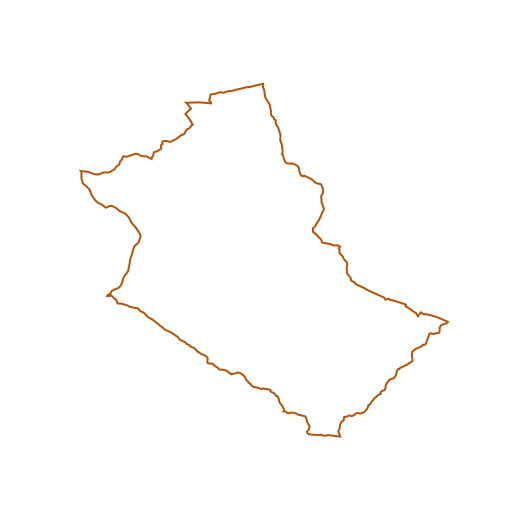 outline of Alunis, Prahova, Romania, rotated 43°
{"feature_id": "2599482B26143633311950", "entity_name": "Alunis", "entity_type": "district", "adm_level": 2, "iso_a3": "ROU", "parent_name": "Romania", "parent_adm1": "Prahova", "projection": "equal_earth", "projection_center": [25.857, 45.207], "detail": "fine", "context": "isolated", "style": "outline", "palette": "amber", "viewbox_px": 512, "rotation_deg": 43, "n_neighbors": 0, "source": "geoboundaries", "source_scale": "gbopen_adm2", "svg_char_len": 6116}
<svg xmlns="http://www.w3.org/2000/svg" viewBox="0 0 512 512"><g transform="rotate(43 256 256)"><path d="M418.7,348.6L425.0,343.3L425.2,342.4L426.7,342.1L430.0,339.6L430.4,338.2L431.2,337.5L432.9,336.5L433.7,335.6L435.0,334.7L435.7,334.6L440.6,330.7L438.8,329.5L436.7,328.7L435.7,327.9L434.9,325.3L432.4,321.9L431.9,320.3L431.7,318.5L432.1,316.6L432.0,316.2L430.3,313.7L432.2,311.0L433.0,308.9L433.3,308.6L434.9,308.2L436.0,306.4L436.3,305.4L436.3,303.5L437.2,301.6L437.9,301.0L439.8,300.1L440.6,298.1L441.3,297.5L441.5,296.8L441.5,291.9L441.0,290.4L440.0,288.6L440.6,286.6L440.0,283.9L439.7,278.8L440.2,274.3L441.3,271.8L440.3,270.9L439.9,269.9L440.1,268.9L441.3,267.0L441.4,265.2L439.2,262.2L438.2,259.2L438.1,255.0L438.4,254.2L439.7,252.5L440.1,250.9L440.0,249.6L439.8,248.4L439.2,247.0L437.5,244.1L437.0,241.9L437.7,241.2L437.8,239.1L439.6,235.3L439.6,234.6L440.6,232.7L440.9,231.1L440.8,230.4L441.8,228.0L442.0,226.4L441.6,225.5L436.8,221.5L436.3,220.3L435.7,219.7L435.7,217.8L436.1,214.9L437.2,213.1L437.6,211.3L438.7,209.2L438.6,207.2L440.2,205.3L440.0,204.2L435.9,194.6L436.2,193.7L436.8,193.1L439.2,191.9L439.8,191.1L440.1,189.8L441.9,188.2L442.1,187.8L441.9,186.5L441.6,185.9L440.9,184.9L439.2,183.3L438.7,181.2L438.7,180.3L439.8,177.7L441.4,175.1L441.5,174.3L441.2,173.3L429.9,177.3L423.4,180.6L419.9,182.8L418.3,184.3L414.9,185.0L415.4,187.5L415.1,188.5L415.5,189.6L412.0,188.6L408.4,189.4L404.0,189.8L399.6,190.7L398.9,189.4L397.7,189.7L385.9,195.4L384.4,196.5L382.0,196.9L381.1,198.8L380.2,199.7L379.9,199.8L378.2,199.0L359.0,205.5L358.7,205.1L348.4,208.5L345.0,208.2L343.3,209.0L342.0,209.0L340.5,207.6L339.1,207.5L337.5,207.0L335.8,206.9L334.7,206.5L333.9,206.1L330.6,202.9L329.6,201.8L329.3,201.0L327.3,198.9L325.8,198.4L324.7,198.6L322.4,198.3L319.3,197.1L315.4,197.1L312.7,194.4L312.1,194.4L311.4,194.0L311.2,193.5L311.0,191.8L309.7,192.0L308.3,192.7L305.6,195.4L304.6,195.9L303.4,196.0L302.7,196.3L301.4,197.3L299.9,198.0L298.8,198.9L297.6,199.4L296.9,200.2L294.9,200.9L292.9,199.8L291.8,199.5L288.3,199.5L286.6,199.1L285.5,199.3L283.9,199.0L283.1,199.4L281.4,199.5L280.9,199.2L278.7,196.8L279.1,195.0L278.0,190.1L277.6,187.2L276.3,182.9L274.9,179.3L274.0,175.9L273.4,175.2L272.7,174.7L270.9,174.0L269.5,173.0L267.5,172.2L265.8,170.4L263.1,168.1L262.7,167.4L262.2,165.2L261.6,163.3L258.5,160.9L255.0,159.4L253.9,159.4L252.5,160.6L248.8,162.0L247.4,161.7L243.6,162.1L236.8,164.3L236.3,164.7L236.2,165.3L235.7,165.9L234.3,166.3L232.7,166.0L230.6,164.9L228.3,163.1L226.8,162.2L225.6,161.9L224.1,161.9L219.5,163.5L218.1,165.0L215.3,167.1L214.2,167.4L212.9,167.2L211.2,166.4L206.5,163.8L205.5,163.8L204.8,161.9L204.5,161.6L199.2,157.1L195.7,155.4L194.1,154.1L192.3,151.8L191.0,150.6L185.2,147.3L181.6,146.3L179.8,145.4L177.9,143.4L176.0,143.6L174.9,142.9L173.9,142.6L172.0,142.9L170.1,142.0L168.2,139.9L162.5,135.8L155.2,134.0L154.1,133.3L148.7,129.0L145.9,127.7L144.5,125.9L143.7,125.2L138.9,132.4L137.1,135.4L133.3,140.0L129.1,146.6L128.0,147.8L125.8,151.9L124.5,153.1L122.6,155.4L121.1,158.5L120.5,159.1L119.2,159.8L118.1,160.7L115.0,166.0L112.9,168.3L112.8,169.0L115.5,173.9L116.3,174.4L118.7,174.5L119.1,175.0L110.1,182.0L100.5,191.5L101.9,191.5L103.8,191.8L108.0,192.7L108.1,193.0L107.7,195.2L107.5,200.3L110.4,200.6L116.1,201.8L120.2,203.2L119.6,204.5L120.1,206.3L120.1,208.2L119.2,210.3L119.1,211.4L119.5,212.6L119.7,214.0L120.3,215.5L119.7,217.3L118.9,218.6L117.7,225.5L116.7,227.4L115.8,230.7L111.1,233.7L110.1,234.8L109.7,235.9L110.0,236.8L111.2,237.9L110.9,238.9L111.0,239.8L113.1,241.8L113.5,242.5L113.3,243.4L112.5,245.3L112.5,246.8L111.5,247.7L110.5,250.0L111.2,250.7L112.2,252.6L112.9,255.4L113.5,256.3L108.0,257.8L104.5,260.7L103.2,261.3L99.8,262.2L98.1,263.4L94.9,269.5L94.3,270.9L92.9,272.2L91.0,273.5L91.5,275.9L92.2,277.2L92.0,279.0L92.3,279.9L93.4,281.8L93.5,282.4L93.0,286.2L93.3,288.6L93.2,289.8L92.5,291.8L91.9,294.3L90.4,296.4L88.8,297.6L87.1,299.4L85.7,303.1L84.7,304.2L82.3,306.3L77.5,308.2L75.5,309.3L73.4,310.6L71.3,312.5L69.9,313.4L71.1,313.8L71.7,314.3L75.6,318.4L79.5,320.9L81.1,321.1L83.8,320.6L89.1,321.0L94.0,323.4L98.0,324.5L100.6,324.9L104.0,324.9L107.9,323.6L113.1,323.1L113.8,322.2L114.5,319.8L115.1,318.9L117.1,317.4L119.5,316.7L121.5,316.3L125.8,316.1L131.0,314.3L132.5,314.2L136.6,314.5L142.0,316.5L148.6,317.2L153.8,318.4L155.7,318.9L157.7,320.0L158.7,321.0L160.7,326.1L160.8,327.4L160.4,331.7L160.8,332.8L161.6,334.3L162.8,337.1L164.2,339.3L165.4,342.4L167.1,345.4L170.2,350.0L170.9,351.4L172.5,353.7L172.8,354.3L173.6,361.2L173.9,362.2L176.2,366.9L176.9,368.7L177.3,371.1L177.3,372.7L176.6,374.6L175.1,377.5L174.4,379.9L174.5,381.1L174.9,382.1L175.8,383.1L174.4,384.6L174.2,385.5L174.4,386.8L175.3,386.3L176.7,384.2L177.9,383.6L183.6,383.5L184.7,383.8L186.6,384.9L187.5,384.8L188.3,384.3L189.2,383.3L191.8,381.7L193.3,381.1L195.5,379.9L199.1,379.0L200.0,378.1L200.8,377.9L205.2,374.9L206.3,374.9L208.1,375.3L209.0,375.2L212.1,374.1L214.4,374.0L217.9,374.3L221.1,373.9L222.9,373.2L240.0,371.8L246.6,369.7L254.3,368.6L257.2,369.1L258.1,369.0L262.7,367.4L265.4,367.6L267.4,366.8L270.9,366.6L273.6,365.5L275.4,365.5L278.4,365.9L279.5,365.4L283.3,365.0L284.6,364.2L287.1,363.4L289.7,363.5L290.7,364.1L291.9,365.6L292.2,366.3L293.7,367.2L294.8,366.7L296.7,365.1L297.7,364.5L298.6,364.4L300.5,364.6L304.0,363.9L306.3,364.0L307.3,363.6L308.7,362.2L310.1,361.3L312.8,359.9L318.6,359.4L319.0,358.9L319.0,358.4L320.5,356.6L322.1,353.6L324.4,352.4L325.9,352.0L329.9,351.9L331.1,352.2L332.4,353.1L334.3,353.4L335.4,353.1L337.0,353.7L338.3,353.4L341.7,353.8L343.4,353.5L346.9,351.2L350.4,349.7L351.1,349.2L351.5,347.9L354.5,346.2L357.3,344.3L357.7,344.3L358.8,344.9L360.0,345.1L361.6,344.3L362.8,344.1L364.4,344.1L365.9,344.6L366.9,344.0L367.7,344.0L369.7,344.7L371.5,346.1L373.0,346.9L374.4,347.3L377.1,347.6L380.7,349.0L382.0,350.3L382.3,350.9L382.9,350.2L384.0,349.4L385.7,349.4L387.7,348.5L387.9,347.0L390.8,344.7L392.1,344.0L394.9,343.4L398.0,341.5L398.7,341.3L400.2,340.2L401.9,339.7L407.8,343.0L411.4,344.1L412.9,346.9L413.1,347.9L413.0,349.1L413.1,349.7L413.8,350.2L414.6,350.5L415.9,350.4L418.7,348.6Z" fill="none" stroke="#b45309" stroke-width="2"/></g></svg>